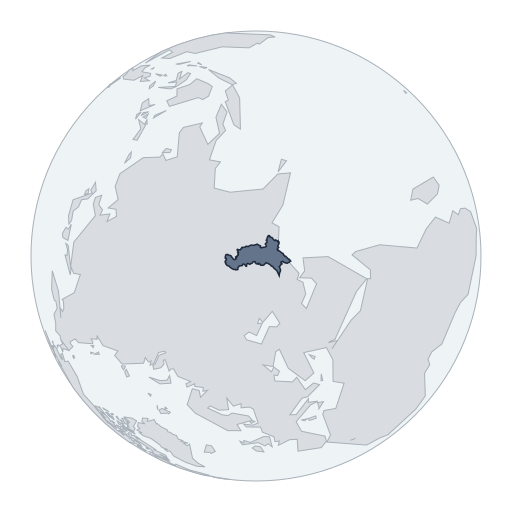 Pakistan on an orthographic globe, rotated 222°
{"feature_id": "PAK", "entity_name": "Pakistan", "entity_type": "country or territory", "adm_level": 0, "iso_a3": "PAK", "parent_name": "Asia", "parent_adm1": "", "projection": "orthographic", "projection_center": [69.806, 30.395], "detail": "fine", "context": "on_globe", "style": "filled", "palette": "slate", "viewbox_px": 512, "rotation_deg": 222, "n_neighbors": 0, "source": "natural_earth", "source_scale": "50m", "svg_char_len": 16021}
<svg xmlns="http://www.w3.org/2000/svg" viewBox="0 0 512 512"><g transform="rotate(222 256 256)"><circle cx="256" cy="256" r="225" fill="#eef3f6" stroke="#a8b0b8"/><path d="M303.7,35.8L304.2,35.9L321.8,41.9L332.6,45.4L326.2,43.9L350.0,52.5L362.9,59.6L345.1,50.7L340.8,49.3L348.0,53.3L345.2,52.9L347.0,54.8L343.0,54.1L332.9,49.7L330.1,49.4L335.4,52.3L334.6,54.0L327.4,49.6L325.3,52.2L308.1,46.7L291.9,37.9L279.2,36.6L254.0,32.8L253.1,33.5L243.0,33.4L238.2,34.5L234.9,34.1L233.9,35.4L237.8,35.6L238.7,36.4L236.2,37.2L231.6,36.6L232.1,36.1L229.5,36.4L228.2,35.8L227.4,36.6L222.1,36.2L223.7,37.9L216.3,38.7L213.8,38.1L218.9,36.4L225.9,32.9L224.9,32.9L223.7,33.0L239.7,31.3L255.8,30.7L271.8,31.3L287.8,33.0L303.7,35.8ZM188.9,40.9L187.2,41.6L194.7,39.5L194.6,39.9L200.4,39.1L194.2,41.3L185.1,44.1L179.9,45.1L175.8,46.6L176.3,47.7L162.6,52.3L146.4,60.6L143.4,62.0L145.4,59.9L153.9,55.2L171.1,47.3L188.9,40.9ZM340.9,48.4L336.7,46.5L341.7,48.6L340.9,48.4ZM348.0,55.2L350.1,56.0L350.1,56.7L348.0,55.2ZM203.4,38.0L201.9,38.5L201.6,38.4L203.4,38.0ZM207.3,37.3L208.0,36.8L210.0,36.4L209.5,36.7L207.3,37.3ZM344.0,56.5L343.5,57.7L342.3,55.6L344.0,56.5ZM206.0,38.1L213.4,35.8L216.8,35.3L217.9,36.2L206.0,38.1ZM342.0,57.9L340.9,61.4L345.4,63.3L331.9,60.5L337.4,58.1L335.2,55.1L338.9,57.3L342.0,57.9ZM240.1,35.4L235.8,35.1L241.7,34.7L240.1,35.4ZM243.7,34.9L260.5,33.5L265.6,34.7L258.9,34.7L267.4,36.1L261.6,37.3L255.7,36.8L253.5,35.7L253.0,37.1L243.7,34.9ZM324.6,58.7L322.8,59.1L322.8,57.9L324.6,58.7ZM239.5,36.7L242.4,36.1L247.1,37.0L242.0,38.4L242.1,37.6L239.5,36.7ZM272.5,36.0L275.0,37.2L271.0,38.4L271.5,39.1L261.9,37.4L272.5,36.0ZM239.8,37.8L239.3,39.1L234.9,39.5L236.9,37.3L239.8,37.8ZM250.4,36.8L252.4,37.3L249.6,37.4L250.4,36.8ZM218.9,42.4L222.3,41.3L225.0,41.6L218.9,42.4ZM239.5,39.6L241.0,39.4L242.5,39.5L241.2,40.5L239.5,39.6ZM259.8,38.6L257.6,39.0L263.5,39.3L260.8,40.5L254.9,39.3L256.3,40.4L255.4,40.8L251.6,39.4L259.8,38.6ZM244.4,41.9L235.9,41.3L229.0,43.1L226.4,42.8L238.0,40.1L244.4,41.9ZM248.9,40.5L245.5,41.2L244.0,40.3L245.4,39.2L248.9,40.5ZM261.0,41.9L266.8,40.3L267.8,40.7L261.0,41.9ZM242.6,42.6L244.7,42.7L242.3,42.8L242.6,42.6ZM255.7,42.2L257.6,41.5L258.8,41.9L255.7,42.2ZM247.3,43.8L244.6,43.5L245.4,42.7L247.3,43.8ZM251.4,43.2L252.6,44.0L247.4,42.5L252.0,42.8L251.4,43.2ZM256.5,42.7L257.9,42.8L255.6,43.0L256.5,42.7ZM245.5,47.4L238.8,45.8L240.7,43.8L247.0,45.6L245.5,47.4ZM34.8,249.5L38.3,211.5L42.4,203.3L47.3,189.5L78.8,165.2L80.9,172.9L100.4,183.0L102.1,186.7L94.7,196.1L105.4,220.4L114.8,214.4L129.4,230.3L142.4,235.1L155.9,216.1L134.7,207.8L136.0,196.2L156.9,194.2L176.2,202.3L177.3,198.1L169.3,185.2L178.0,179.8L167.0,180.2L168.3,185.4L161.5,186.1L159.9,181.5L163.0,179.6L158.4,175.7L144.7,186.8L144.6,193.2L129.9,189.6L128.2,200.2L122.7,202.9L123.5,185.9L126.7,181.1L124.6,160.6L120.0,165.1L121.6,185.1L119.2,182.2L112.9,189.6L115.8,181.8L115.3,159.7L104.9,156.2L84.2,168.3L79.7,165.5L79.3,157.3L94.2,139.0L102.7,147.4L108.1,142.0L112.7,130.3L114.9,134.1L117.8,130.7L121.7,133.7L133.3,129.4L138.1,131.9L148.7,122.6L152.7,122.8L145.2,128.1L142.7,133.4L155.4,140.4L159.6,139.5L165.5,133.2L168.3,136.3L172.3,129.3L182.6,130.8L173.5,123.5L180.2,116.8L189.7,114.0L190.2,110.7L174.8,115.4L170.1,118.6L168.7,123.3L154.5,132.1L148.8,131.5L157.4,118.1L150.3,116.1L160.2,107.3L195.9,98.6L207.7,99.5L214.5,114.8L208.2,118.0L202.7,113.9L202.2,123.8L204.9,120.0L207.2,123.0L214.2,118.1L216.1,120.0L219.5,112.4L222.6,114.2L220.5,119.0L233.5,114.3L241.7,117.0L243.7,115.1L243.5,112.3L254.1,118.2L255.1,116.6L252.0,114.0L252.0,109.2L256.2,103.4L259.6,105.7L258.6,108.1L261.6,117.2L258.3,123.8L260.2,124.2L263.8,119.1L260.1,108.0L261.6,103.9L264.3,108.7L263.4,106.6L265.3,105.3L270.3,106.4L267.8,101.1L283.2,86.1L294.5,87.5L295.1,93.0L309.6,87.1L321.1,90.4L318.3,87.8L323.2,84.1L319.7,82.9L318.7,81.5L329.8,72.9L335.1,73.3L336.7,67.9L335.2,66.8L331.4,66.1L331.9,60.5L345.4,63.3L348.1,65.7L354.7,66.3L359.8,72.0L367.1,77.5L368.8,84.2L374.5,88.5L376.5,88.3L385.6,94.5L397.5,108.7L379.2,97.7L359.5,79.3L366.8,86.5L362.5,85.3L363.6,88.3L368.9,93.7L371.1,94.0L366.5,107.1L374.2,124.8L379.9,121.1L386.9,124.4L400.7,144.5L402.4,178.5L411.7,185.8L414.5,192.0L411.3,197.9L407.2,188.9L401.0,187.6L399.2,182.0L392.7,189.5L389.8,181.9L386.2,192.0L391.2,197.1L398.0,192.8L396.2,205.7L407.3,213.5L412.2,226.1L405.6,253.6L393.6,265.2L393.6,269.6L386.9,266.7L380.9,277.0L395.5,296.4L396.0,303.0L384.9,318.9L384.1,314.2L366.5,306.7L365.2,322.8L378.6,332.3L383.3,345.6L373.9,343.6L368.9,331.9L362.6,328.9L362.9,315.2L355.0,296.3L345.4,302.1L344.8,293.8L332.5,278.5L317.9,286.1L295.6,310.5L294.7,331.5L286.0,340.9L270.1,311.8L266.3,291.3L258.4,293.2L243.8,275.3L212.4,271.9L209.8,266.1L203.5,267.9L193.5,260.9L190.4,251.2L183.4,250.6L192.4,275.9L200.0,276.7L209.1,268.9L209.9,277.5L219.8,286.1L202.0,303.8L158.5,313.2L157.6,297.0L141.5,246.8L143.8,242.3L143.9,241.7L143.9,240.6L139.0,247.6L137.4,237.8L142.4,271.9L141.8,285.3L157.9,313.9L155.6,315.8L161.7,322.2L185.4,321.1L184.8,326.2L171.6,347.1L141.7,369.6L147.6,389.9L148.7,405.0L134.4,409.6L140.0,421.3L133.2,422.1L135.7,427.9L132.7,431.5L126.1,432.5L110.2,423.9L105.8,418.3L92.5,403.3L72.7,369.3L73.0,358.6L70.1,347.0L59.0,315.0L61.2,302.5L59.1,294.4L54.2,291.6L52.3,281.8L49.7,278.9L36.5,265.3L34.8,249.5ZM62.6,182.2L60.5,185.9L60.5,186.0L62.6,182.2ZM193.2,222.0L206.9,225.8L206.5,211.3L211.8,211.8L209.7,206.9L206.4,210.3L202.3,197.3L210.3,194.8L211.6,188.9L207.0,187.4L193.0,194.2L198.9,212.5L193.2,217.1L193.2,222.0ZM131.7,68.7L126.1,72.2L130.5,69.3L130.2,69.2L139.0,63.5L142.4,62.4L139.3,63.7L131.7,68.7ZM151.9,56.2L151.7,56.3L145.7,59.6L151.0,56.7L151.9,56.2ZM130.3,110.8L129.5,114.3L125.0,117.2L119.0,115.7L125.4,111.3L130.3,110.8ZM129.5,118.7L139.8,106.6L144.0,107.6L139.9,109.0L141.6,110.8L135.5,113.7L129.4,127.1L125.0,130.7L116.2,125.0L121.5,124.6L122.0,121.0L129.5,118.7ZM158.7,79.4L163.2,75.6L166.5,82.4L161.9,85.2L155.5,83.5L157.2,79.2L158.7,79.4ZM206.5,40.7L208.0,39.9L209.3,39.9L209.0,40.6L206.5,40.7ZM220.2,41.9L201.2,44.9L201.9,43.9L189.9,47.5L187.2,46.6L195.1,44.1L184.0,46.5L190.1,43.9L182.3,46.0L200.2,40.6L205.3,38.8L200.7,41.1L203.0,41.9L205.5,41.7L216.4,40.1L228.3,37.4L232.5,38.3L232.3,39.7L230.1,40.4L228.0,39.5L226.5,41.3L221.9,40.6L220.2,41.9ZM227.5,63.1L226.1,60.3L222.2,66.3L217.6,64.6L217.4,65.4L212.1,65.6L205.3,67.4L203.9,66.3L201.9,67.5L198.3,67.9L195.0,69.4L191.4,67.9L187.1,69.7L187.8,68.1L181.4,71.6L184.6,68.4L180.2,69.0L179.5,71.8L167.9,63.3L160.6,63.2L152.8,65.2L159.2,60.2L170.6,55.5L183.4,52.3L189.5,53.5L191.3,51.4L194.8,51.4L191.9,53.1L198.4,50.7L200.5,51.3L211.8,50.2L219.9,46.9L224.3,46.7L222.2,48.3L228.0,47.0L226.9,50.0L230.0,50.1L232.1,53.4L226.2,56.9L230.1,56.7L231.9,59.6L227.5,63.1ZM245.9,48.4L239.9,52.4L234.4,53.6L233.1,47.4L230.4,46.9L229.4,43.6L237.4,42.1L236.9,43.1L238.4,43.8L235.3,44.0L238.8,44.4L238.3,45.9L240.9,46.8L238.3,47.7L245.9,48.4ZM107.0,184.6L108.8,186.4L112.3,188.0L108.4,192.9L107.0,184.6ZM106.3,169.5L108.4,170.1L104.6,177.2L102.7,175.6L106.3,169.5ZM112.7,164.6L108.8,169.6L109.8,165.9L112.7,164.6ZM147.5,128.4L150.1,128.9L149.1,130.6L146.2,132.3L147.5,128.4ZM215.1,82.6L215.2,80.3L216.7,80.0L221.2,75.3L225.0,76.5L223.8,79.8L215.1,82.6ZM150.4,218.3L144.8,220.9L143.7,218.2L145.8,217.8L150.4,218.3ZM124.2,206.8L128.7,212.1L123.1,208.1L124.2,206.8ZM220.0,83.1L221.4,81.0L222.4,83.0L220.0,83.1ZM228.0,77.2L229.8,79.1L226.0,76.1L228.0,77.2ZM253.7,477.1L257.2,477.9L253.3,478.0L253.7,477.1ZM184.1,410.8L177.1,433.3L167.2,431.1L162.7,423.5L163.4,409.2L174.0,407.2L178.4,400.9L184.1,410.8ZM424.1,361.8L428.4,360.3L428.1,361.3L424.1,361.8ZM419.7,361.1L424.9,358.9L418.5,363.4L419.7,361.1ZM426.8,358.0L432.1,353.7L434.4,351.1L433.8,353.1L426.8,358.0ZM416.1,362.8L394.9,370.7L386.1,371.2L388.5,367.4L402.7,363.4L416.1,362.8ZM387.8,367.5L373.9,362.5L352.5,339.9L360.2,338.7L382.1,350.1L380.8,353.3L389.2,358.1L387.8,367.5ZM420.0,339.1L418.6,348.1L407.2,352.0L401.9,352.6L398.2,343.0L400.3,336.6L404.8,335.2L420.4,309.3L426.2,311.6L421.8,321.9L426.5,327.4L420.0,339.1ZM295.9,333.3L301.9,344.9L297.0,347.2L295.9,333.3ZM425.4,292.6L420.0,304.1L424.5,290.0L425.4,292.6ZM427.2,280.1L428.2,284.3L425.1,281.2L427.2,280.1ZM394.7,275.8L390.0,278.5L389.2,275.3L394.8,270.1L394.7,275.8ZM415.8,236.9L418.2,246.3L418.2,249.9L414.9,245.1L415.8,236.9ZM254.5,94.4L244.0,99.2L239.0,104.2L240.2,109.4L234.1,104.6L241.8,96.7L254.5,94.4ZM279.3,86.7L278.2,82.8L281.6,83.6L282.4,84.6L279.3,86.7ZM276.6,85.0L269.8,82.2L271.1,79.5L276.2,82.2L276.6,85.0ZM244.6,81.7L241.2,82.9L240.5,81.2L244.6,81.7ZM425.2,404.7L427.2,402.1L424.8,403.9L393.5,429.8L388.3,431.6L393.1,426.6L395.3,415.7L397.4,415.1L400.4,406.1L421.0,388.9L436.8,365.7L444.1,361.6L452.2,345.1L458.5,340.1L454.3,351.6L458.2,351.5L467.4,325.3L463.2,344.1L463.0,344.9L455.4,360.9L446.5,376.3L436.4,390.9L425.2,404.7ZM434.6,357.0L441.1,347.3L444.0,344.9L434.6,357.0ZM474.1,303.9L474.7,309.4L473.0,313.3L471.6,311.2L468.4,320.7L462.3,327.0L464.4,321.5L464.1,316.5L456.5,321.2L455.0,318.7L458.1,313.6L452.5,314.9L458.8,308.3L460.9,314.3L464.2,305.1L469.0,301.5L472.9,298.9L475.0,300.5L474.1,303.9ZM457.8,325.9L458.8,325.1L457.7,328.2L457.8,325.9ZM479.2,286.9L479.1,287.3L479.4,283.9L479.3,285.6L479.2,286.9ZM475.7,298.0L478.3,286.5L478.7,285.4L476.8,296.2L475.7,298.0ZM478.2,283.4L479.0,282.0L479.1,284.4L478.8,285.9L478.2,283.4ZM445.1,328.3L444.7,330.7L442.9,330.1L445.1,328.3ZM447.5,325.4L452.6,324.2L446.9,327.6L447.5,325.4ZM429.5,327.9L431.3,332.3L437.2,325.8L432.7,333.1L436.2,339.7L434.6,343.6L431.3,336.3L429.3,346.7L426.7,347.8L425.7,340.2L428.6,328.7L431.2,323.1L441.5,315.8L429.5,327.9ZM447.6,318.9L446.2,313.6L447.2,308.8L448.8,311.1L447.6,318.9ZM441.0,301.2L436.1,296.2L432.4,301.1L439.2,286.5L442.9,293.7L441.0,301.2ZM435.7,287.0L432.3,291.5L435.4,283.4L435.7,287.0ZM431.1,289.5L429.9,284.5L433.0,283.7L431.1,289.5ZM437.7,286.2L437.1,277.0L439.3,281.4L437.7,286.2ZM426.7,273.5L434.5,278.8L425.6,279.4L421.8,262.5L425.4,260.3L426.7,273.5ZM425.2,194.2L422.5,189.9L424.7,187.0L426.0,190.8L425.2,194.2ZM429.6,175.4L424.4,184.9L419.9,193.3L422.8,194.3L424.6,203.4L418.4,197.5L419.3,185.8L423.3,181.0L420.8,173.8L421.9,167.0L416.9,159.1L416.4,154.6L422.2,160.4L429.6,175.4ZM414.5,156.0L406.2,141.7L411.9,140.5L415.0,143.3L416.4,150.2L413.3,150.4L414.5,156.0ZM405.8,138.1L402.7,138.3L383.9,121.4L381.4,117.7L398.7,129.0L396.7,129.9L400.3,134.6L405.8,138.1ZM325.0,60.2L323.0,59.2L325.4,59.5L325.0,60.2ZM316.6,80.9L315.7,79.0L318.5,79.1L316.6,80.9ZM314.5,73.9L312.0,75.1L313.3,72.9L314.5,73.9ZM306.6,78.0L310.3,75.0L308.8,79.3L306.6,78.0Z" fill="#d9dde1" stroke="#a8b0b8" stroke-width="1"/><path d="M278.2,234.6L279.2,236.7L279.1,237.2L278.8,237.4L278.4,237.6L278.4,237.8L278.2,238.1L277.9,238.3L277.6,238.3L277.4,238.2L276.5,238.6L276.1,238.7L275.8,238.9L275.6,239.1L275.1,239.4L274.8,239.4L274.3,239.3L273.6,239.1L273.4,238.9L273.2,238.9L272.6,238.9L271.5,238.7L270.5,238.5L269.4,239.0L269.1,239.7L269.0,239.9L268.9,240.1L269.0,240.3L269.4,240.5L269.5,240.7L269.6,240.8L269.3,241.2L269.3,241.3L269.5,241.5L270.0,241.6L270.3,241.5L270.5,241.6L270.5,241.8L270.4,242.0L269.9,242.2L269.7,242.4L269.6,242.7L269.6,242.9L269.7,243.0L270.2,243.4L270.2,243.5L270.1,244.0L269.8,244.6L269.8,244.8L270.2,245.2L270.5,245.4L270.8,245.4L270.8,245.5L270.9,246.0L271.0,246.4L271.4,246.3L271.8,246.4L272.0,246.4L272.0,247.0L272.1,247.3L272.5,247.5L273.2,247.5L274.0,247.8L274.2,248.0L274.3,248.1L274.3,248.4L274.1,248.7L273.5,248.9L272.4,249.5L272.1,249.8L271.9,250.1L271.8,250.3L271.7,250.5L272.0,251.2L272.0,251.5L271.8,252.6L271.9,252.8L272.2,252.8L272.2,253.1L271.8,253.5L271.4,253.7L270.9,254.2L270.2,255.2L269.9,255.6L269.8,255.9L270.0,256.2L270.0,256.4L269.9,256.7L269.6,256.9L269.1,257.2L268.5,257.5L268.2,257.6L267.7,259.1L267.4,259.9L266.8,261.0L266.6,261.2L264.7,262.4L264.6,262.6L264.2,263.7L264.0,264.0L263.4,264.6L263.2,265.2L263.2,265.5L262.0,265.9L261.2,265.9L260.8,266.0L259.7,266.5L259.2,266.5L259.1,266.3L258.9,266.1L258.9,265.6L258.7,265.5L258.4,265.3L258.1,265.3L257.8,265.5L257.5,265.7L257.2,266.0L256.9,266.6L256.3,267.5L255.7,268.1L255.4,268.4L255.2,268.7L255.1,268.9L254.9,269.5L254.8,270.1L255.0,270.3L255.8,270.8L256.4,271.0L256.9,271.0L257.1,271.1L257.2,271.3L257.2,272.4L257.0,273.0L257.0,273.3L257.0,273.6L257.6,274.4L257.8,274.5L258.3,274.5L258.5,274.5L258.7,274.4L258.9,274.5L259.0,274.6L259.0,275.5L259.2,275.9L259.5,276.4L259.8,276.9L260.1,277.6L260.3,278.1L260.4,278.4L260.3,278.5L260.2,278.7L260.2,278.8L260.2,279.0L260.3,279.3L260.4,279.5L260.2,279.7L259.9,279.7L259.6,280.1L259.4,280.1L259.1,280.1L258.8,280.0L258.7,279.8L258.7,279.6L258.7,279.4L258.4,279.5L257.7,279.7L257.0,280.0L256.8,280.3L256.5,280.4L256.0,280.4L255.7,280.4L255.1,280.0L253.5,280.0L253.3,280.0L253.1,280.0L252.8,279.9L252.6,280.0L252.4,279.9L252.2,279.9L252.1,280.0L252.1,281.2L251.3,281.2L250.5,281.3L250.1,281.6L250.0,281.8L249.9,282.0L249.8,281.8L249.6,281.6L249.3,281.7L249.0,281.4L248.9,281.7L248.3,281.8L248.2,281.5L248.2,281.3L247.9,281.5L247.7,281.2L247.6,280.9L247.5,280.7L247.2,280.6L247.0,280.3L247.0,280.0L247.0,279.6L246.6,278.0L246.3,277.9L244.9,277.6L244.9,277.3L245.0,276.6L245.0,276.1L244.5,275.5L244.4,275.1L244.0,274.7L243.7,274.6L243.3,274.7L243.1,274.8L243.0,275.0L243.8,275.0L244.2,275.3L243.9,275.3L243.7,275.2L243.3,275.2L242.1,275.3L241.4,275.5L240.4,275.4L239.2,275.6L238.1,275.6L237.7,276.0L237.5,275.9L237.3,275.8L235.9,275.4L235.9,275.2L235.6,275.1L235.4,275.3L235.2,275.3L234.4,275.1L233.8,275.2L233.6,275.4L233.6,275.7L232.9,275.6L232.5,275.5L231.9,275.6L230.7,275.3L230.3,275.4L229.9,275.6L229.7,275.7L229.4,275.8L229.2,275.5L229.0,275.4L228.9,275.5L228.6,275.6L228.0,275.7L227.4,275.6L226.8,275.4L227.0,275.0L227.1,273.8L227.3,273.4L227.3,273.2L227.5,272.9L227.9,271.6L228.0,271.4L228.9,271.1L229.0,270.9L229.4,271.0L229.5,270.9L229.5,270.7L230.0,270.3L230.2,270.2L230.9,270.1L231.3,270.0L232.5,270.1L232.8,269.3L233.0,269.2L233.0,268.7L233.1,268.4L233.3,268.2L233.1,267.9L232.9,267.7L232.0,267.8L231.6,267.7L231.4,267.6L231.5,267.4L231.5,267.2L231.6,266.8L231.7,266.6L231.6,265.4L231.5,264.6L231.7,263.9L231.7,263.7L231.0,263.7L230.6,263.2L230.3,262.9L229.6,262.6L229.2,262.6L228.7,262.3L227.9,261.3L227.7,261.0L227.6,260.4L227.1,259.4L227.1,259.1L227.0,258.9L225.6,256.9L230.6,259.0L231.0,259.1L234.7,258.9L236.1,259.3L236.5,259.5L236.7,259.2L237.1,259.0L237.5,258.9L238.0,258.8L239.0,258.9L239.3,259.0L239.9,259.0L243.6,258.0L243.8,257.9L244.0,257.7L243.9,257.2L243.9,256.9L244.0,256.6L244.1,256.1L244.1,255.4L244.1,255.0L244.3,254.2L244.5,253.8L245.1,253.5L245.2,253.4L245.3,253.3L245.7,252.7L246.0,252.5L246.3,252.3L246.7,252.3L247.0,252.6L247.5,252.7L248.1,252.6L248.6,252.5L248.8,252.3L249.1,252.2L248.8,251.9L248.6,251.8L248.5,251.6L248.7,251.4L249.1,251.4L250.0,250.9L250.4,250.6L250.5,250.4L251.0,250.6L251.4,250.6L251.7,250.5L252.0,250.4L252.2,250.6L252.3,250.8L252.6,251.1L252.9,251.1L253.2,251.0L253.6,250.7L254.2,249.9L254.1,248.0L254.3,247.6L254.5,247.4L254.7,247.0L254.7,246.7L254.8,246.4L255.0,245.7L255.7,245.4L256.4,245.3L257.5,244.6L257.6,244.3L257.4,244.0L257.1,243.3L256.8,242.9L256.2,242.2L256.3,241.8L256.6,241.6L257.5,241.9L257.7,242.0L258.0,242.0L258.8,242.0L259.4,241.9L260.1,241.6L260.2,241.3L260.2,240.4L259.9,240.1L259.8,239.9L259.8,239.7L260.1,239.5L260.2,239.1L260.6,238.7L260.8,238.4L261.3,238.0L261.5,237.7L261.8,237.3L261.8,237.1L261.6,236.7L261.8,236.3L261.7,235.7L261.4,235.1L261.2,234.6L261.1,234.4L260.9,234.2L260.5,234.0L260.4,233.8L260.5,233.5L260.8,233.3L261.3,232.8L261.5,232.5L261.7,232.2L262.0,232.3L262.4,232.0L262.7,231.8L263.2,231.4L263.4,231.2L263.7,231.0L263.9,231.0L264.3,230.9L264.9,230.6L266.0,230.5L266.4,230.4L268.5,230.3L269.2,230.5L269.3,230.5L269.8,230.2L270.8,229.7L271.0,229.6L271.3,229.6L271.6,229.7L272.0,229.9L272.5,229.8L273.4,230.0L273.5,230.1L273.7,230.7L273.8,230.7L274.1,230.6L274.4,230.6L274.8,230.8L275.0,230.9L275.2,231.1L275.3,231.4L275.5,232.0L275.5,232.8L275.4,232.9L275.3,233.1L275.4,233.3L275.5,233.4L275.9,233.5L276.0,233.6L276.2,234.1L276.3,234.2L276.5,234.2L276.9,234.0L277.3,233.8L277.5,234.2L277.7,234.4L278.2,234.6Z" fill="#64748b" stroke="#1e293b" stroke-width="1.5"/></g></svg>